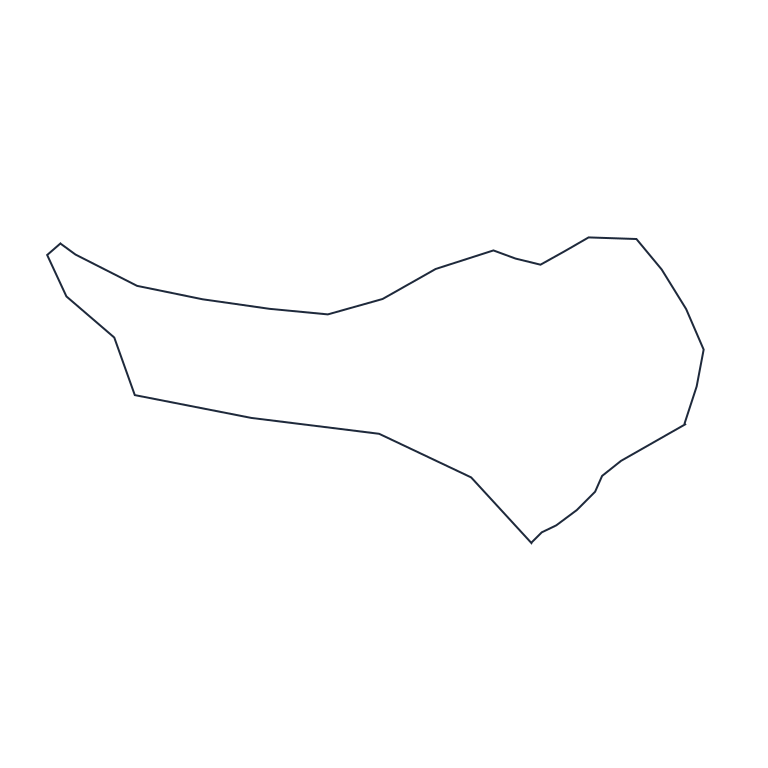 map outline of Kangarli (Equal Earth projection), rotated 264°
{"feature_id": "AZE-5567", "entity_name": "Kangarli", "entity_type": "District", "adm_level": 1, "iso_a3": "AZE", "parent_name": "Azerbaijan", "parent_adm1": "", "projection": "equal_earth", "projection_center": [45.174, 39.448], "detail": "fine", "context": "isolated", "style": "outline", "palette": "slate", "viewbox_px": 768, "rotation_deg": 264, "n_neighbors": 0, "source": "natural_earth", "source_scale": "10m", "svg_char_len": 604}
<svg xmlns="http://www.w3.org/2000/svg" viewBox="0 0 768 768"><g transform="rotate(264 384 384)"><path d="M547.5,62.5L557.6,76.9L557.3,77.1L545.0,90.7L507.4,148.7L487.2,212.5L470.7,278.1L459.1,335.4L468.7,391.5L493.0,447.4L505.4,506.8L495.0,527.9L486.3,552.1L496.8,576.7L508.4,602.8L501.8,650.2L468.9,672.1L427.0,692.3L384.8,705.5L348.9,694.7L313.3,678.8L312.4,679.3L282.8,611.7L269.8,591.3L254.8,582.7L238.5,562.6L225.4,540.5L220.0,525.4L211.2,514.5L210.4,514.0L282.0,460.9L335.0,373.9L364.1,248.6L399.0,135.0L458.4,120.6L504.3,77.3L547.5,62.5Z" fill="none" stroke="#1e293b" stroke-width="2"/></g></svg>